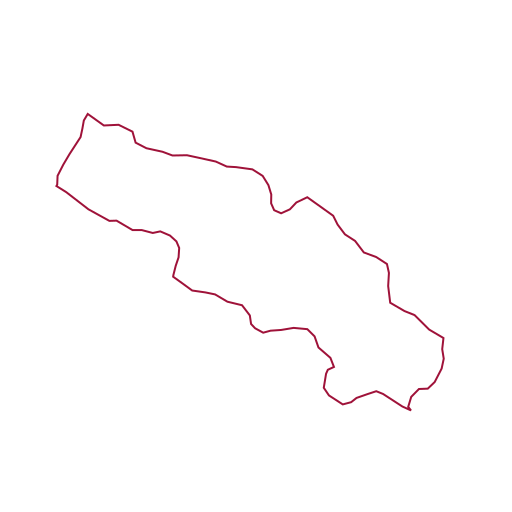 Gävle, Gävleborg, Sweden, rotated 303°
{"feature_id": "70781695B31368722399437", "entity_name": "Gävle", "entity_type": "district", "adm_level": 2, "iso_a3": "SWE", "parent_name": "Sweden", "parent_adm1": "Gävleborg", "projection": "orthographic", "projection_center": [17.057, 60.688], "detail": "fine", "context": "isolated", "style": "outline", "palette": "rose", "viewbox_px": 512, "rotation_deg": 303, "n_neighbors": 0, "source": "geoboundaries", "source_scale": "gbopen_adm2", "svg_char_len": 1373}
<svg xmlns="http://www.w3.org/2000/svg" viewBox="0 0 512 512"><g transform="rotate(303 256 256)"><path d="M206.0,50.5L206.2,62.1L203.9,90.0L205.6,113.9L209.7,119.8L210.5,138.3L215.5,146.0L219.1,156.9L224.5,162.3L226.3,172.7L224.9,181.3L220.9,187.2L212.7,191.8L204.1,194.0L195.0,197.1L193.5,197.8L193.0,208.5L192.3,221.3L197.9,233.4L201.5,242.6L202.1,256.9L207.1,271.1L202.8,283.2L196.3,288.9L194.9,294.6L195.6,303.8L201.3,308.9L207.7,317.4L216.2,326.7L222.6,338.9L220.5,348.9L213.3,358.2L211.1,373.9L205.4,381.8L199.7,378.2L195.4,378.9L182.4,384.6L178.8,393.1L178.8,409.6L185.2,415.4L191.7,417.6L201.0,424.8L208.1,430.5L209.5,437.7L209.5,460.7L210.9,470.1L212.4,465.8L222.4,462.9L233.2,465.1L238.3,472.3L247.6,474.5L262.7,473.0L272.1,469.4L279.3,462.9L289.3,457.9L289.3,457.4L288.6,441.3L292.8,421.2L290.7,410.5L289.9,394.0L302.8,383.2L314.2,376.7L320.6,370.2L320.6,364.2L320.6,357.4L317.7,344.5L322.6,330.9L322.6,318.8L326.8,307.3L331.8,298.8L333.2,267.0L322.9,260.7L313.6,259.0L305.5,253.8L304.3,246.3L308.4,240.0L315.9,235.3L322.2,227.8L326.8,218.0L326.7,205.8L319.7,190.9L315.1,182.8L313.3,170.8L307.5,155.3L302.9,143.2L294.8,131.2L292.5,120.8L286.7,105.4L285.5,93.3L293.0,84.7L291.2,69.3L282.6,57.3L283.5,37.5L275.9,37.8L268.3,41.0L260.2,44.1L249.4,44.1L240.0,44.1L227.8,44.6L215.2,45.9L207.6,50.4L206.0,50.5Z" fill="none" stroke="#9f1239" stroke-width="2"/></g></svg>